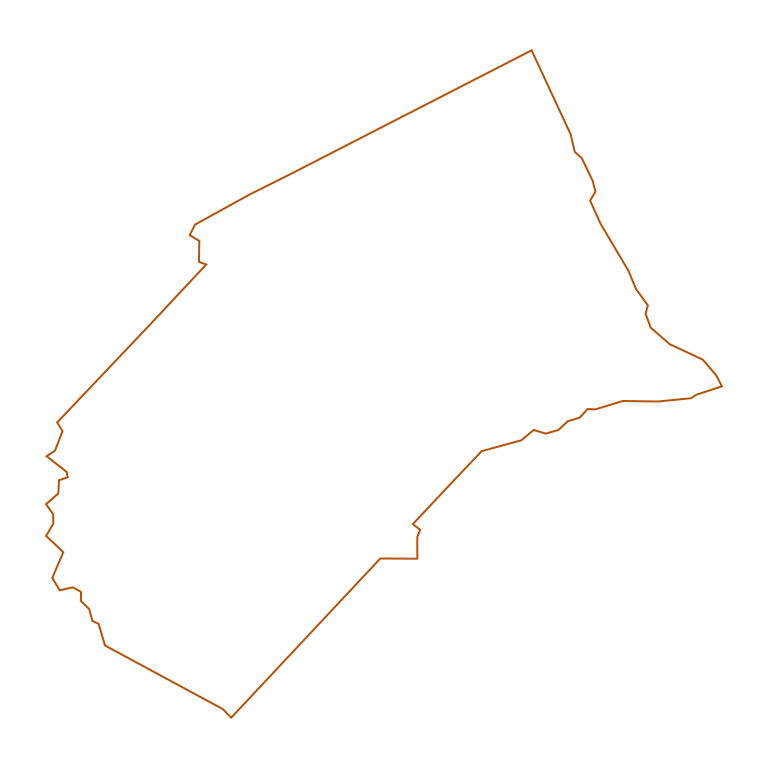 Merced, California, United States of America (Equal Earth projection)
{"feature_id": "52423323B6642778687362", "entity_name": "Merced", "entity_type": "district", "adm_level": 2, "iso_a3": "USA", "parent_name": "United States of America", "parent_adm1": "California", "projection": "equal_earth", "projection_center": [-120.697, 37.187], "detail": "fine", "context": "isolated", "style": "outline", "palette": "amber", "viewbox_px": 768, "rotation_deg": 0, "n_neighbors": 0, "source": "geoboundaries", "source_scale": "gbopen_adm2", "svg_char_len": 933}
<svg xmlns="http://www.w3.org/2000/svg" viewBox="0 0 768 768"><path d="M231.2,717.7L380.3,558.5L417.3,558.7L417.3,536.9L420.2,529.8L412.8,524.2L444.9,489.9L481.7,451.1L521.3,440.3L533.7,430.0L545.9,433.6L558.4,430.0L567.8,421.2L579.6,417.7L587.6,409.0L595.2,409.4L622.8,401.0L658.3,401.5L691.2,398.2L696.5,394.7L721.9,386.3L716.1,375.1L702.7,359.6L669.9,344.3L650.7,327.7L645.6,313.7L647.8,305.3L636.0,289.0L628.6,271.1L600.6,223.8L590.1,200.6L595.4,191.7L592.8,181.1L581.7,158.0L574.7,151.8L570.7,134.5L531.6,50.3L290.0,174.3L250.0,194.3L195.0,224.6L189.7,235.2L199.3,241.0L199.0,261.9L206.2,264.5L148.1,326.6L57.2,422.4L62.5,431.2L55.0,450.7L46.6,456.2L66.8,472.1L67.6,477.3L59.0,480.2L58.3,493.5L46.1,504.1L53.2,514.4L53.3,523.7L46.1,535.9L63.3,552.2L52.3,577.9L59.7,590.3L72.9,587.3L81.1,592.0L80.8,600.8L89.2,609.1L92.5,621.1L98.6,623.8L105.0,645.5L222.8,709.1L231.2,717.7Z" fill="none" stroke="#b45309" stroke-width="2"/></svg>